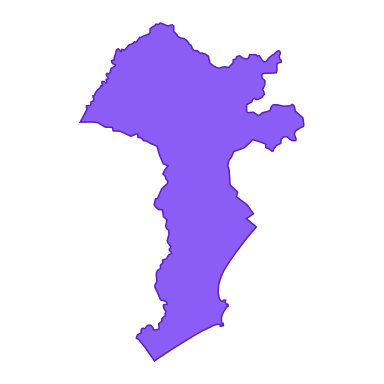 Castillos, Rocha, Uruguay (Albers equal-area conic projection)
{"feature_id": "84410073B93691162353295", "entity_name": "Castillos", "entity_type": "district", "adm_level": 2, "iso_a3": "URY", "parent_name": "Uruguay", "parent_adm1": "Rocha", "projection": "albers", "projection_center": [-53.824, -34.08], "detail": "fine", "context": "isolated", "style": "filled", "palette": "violet", "viewbox_px": 384, "rotation_deg": 0, "n_neighbors": 0, "source": "geoboundaries", "source_scale": "gbopen_adm2", "svg_char_len": 5792}
<svg xmlns="http://www.w3.org/2000/svg" viewBox="0 0 384 384"><path d="M80.2,122.2L91.3,122.0L97.5,122.5L105.2,127.1L112.5,127.4L113.1,130.8L120.3,131.3L130.9,136.3L136.3,134.0L137.7,134.0L138.0,137.5L140.6,137.6L143.9,140.8L146.1,140.9L151.0,143.7L157.0,146.2L159.6,155.4L163.3,163.8L168.1,165.8L165.2,169.2L162.9,173.8L165.4,176.6L165.9,178.9L167.7,180.9L167.5,183.4L161.5,189.2L157.6,198.5L155.5,198.8L154.2,204.5L155.4,206.8L158.6,209.6L162.4,209.8L163.5,216.9L167.0,219.7L165.7,226.0L166.5,228.4L168.7,230.3L168.9,234.6L167.2,240.7L168.0,243.0L169.9,245.3L170.8,246.0L170.6,247.8L169.5,248.6L169.3,250.3L171.1,252.1L171.4,253.7L168.8,254.7L166.1,259.2L162.9,259.6L162.6,263.1L160.3,265.3L160.6,268.5L157.6,270.4L156.4,273.0L156.3,275.9L156.7,279.0L156.6,282.0L154.9,285.0L154.9,287.0L158.7,295.3L160.3,299.3L161.2,300.3L163.3,300.5L165.4,301.4L166.2,302.0L166.8,302.6L167.2,303.6L167.0,304.4L165.3,304.4L163.6,304.7L163.3,306.1L163.9,308.5L165.8,311.3L165.1,314.1L165.3,315.8L164.0,316.5L161.6,319.1L162.1,321.1L160.6,322.2L158.7,323.8L159.1,328.1L158.2,329.5L156.3,329.8L153.8,330.0L153.0,328.0L151.1,325.4L149.9,325.1L148.3,325.2L146.9,326.0L145.2,328.5L144.1,328.5L143.2,328.2L141.8,328.6L141.1,330.3L140.8,333.3L137.5,334.8L136.5,337.0L136.4,338.3L138.7,339.6L145.0,347.3L154.5,361.0L157.5,358.8L161.1,356.4L162.8,355.4L165.3,353.6L168.8,351.4L169.1,351.1L169.7,350.8L171.9,349.4L172.8,348.8L176.9,346.1L179.7,344.5L181.0,343.5L184.1,341.7L185.8,340.6L189.0,338.7L190.1,338.0L190.9,337.7L191.5,337.2L194.3,335.4L195.8,334.7L196.8,334.0L202.5,330.8L207.3,328.6L208.6,327.8L209.2,327.7L210.6,326.8L211.3,326.6L212.1,326.1L213.7,325.4L215.1,324.9L218.2,324.2L218.8,324.3L219.5,324.5L220.1,324.8L220.3,325.0L220.4,325.4L220.3,325.6L220.1,325.9L220.3,326.3L220.6,326.1L220.9,326.0L220.9,325.9L221.1,326.1L221.7,326.0L221.7,325.9L221.9,325.9L222.0,325.8L222.3,325.6L222.5,325.7L222.8,325.8L222.8,325.7L223.1,325.7L223.3,325.6L223.2,325.4L223.3,325.1L223.2,324.8L223.3,324.7L223.3,324.3L223.4,324.1L223.3,323.7L223.2,323.8L222.6,324.0L222.3,323.6L222.0,323.0L221.7,321.9L221.6,321.4L221.5,320.9L221.4,318.5L221.8,316.2L223.1,312.8L223.4,312.1L226.5,307.5L226.8,307.3L227.3,306.4L227.9,306.3L228.3,306.1L228.3,305.9L227.6,305.9L227.5,305.7L227.4,305.3L227.5,305.0L227.4,304.9L227.5,304.8L227.4,304.8L227.5,304.6L227.7,304.4L227.7,304.2L227.3,304.1L227.2,304.2L227.2,304.5L227.4,304.6L227.0,304.6L226.6,304.4L226.0,303.8L225.9,303.5L225.6,302.9L225.5,302.5L225.4,301.8L225.4,300.6L225.5,300.4L225.6,300.2L225.1,300.1L224.6,300.3L224.3,300.3L223.9,300.1L223.3,300.3L223.1,300.9L222.9,301.2L222.6,301.3L222.1,301.3L221.7,301.2L221.2,300.9L220.2,300.0L219.6,298.9L219.1,297.6L218.6,295.2L218.3,293.2L218.2,292.4L218.4,287.7L218.5,286.2L219.0,283.6L219.2,283.1L219.6,281.4L220.4,278.7L220.9,277.6L221.3,276.4L222.3,273.8L222.4,273.6L223.4,271.5L224.3,269.8L225.8,267.5L226.3,266.6L228.3,263.4L228.5,263.0L229.2,262.1L229.3,261.8L229.6,261.3L230.1,260.7L234.0,255.1L235.2,253.5L235.4,253.1L236.1,252.1L237.5,250.5L238.1,249.5L238.7,248.9L240.0,247.0L240.7,246.1L241.7,244.7L243.7,242.3L243.9,241.9L244.5,241.1L246.2,239.0L247.3,237.5L248.5,236.2L249.4,234.9L251.1,233.0L251.3,232.6L251.7,232.3L252.1,231.8L252.9,231.1L254.0,229.7L254.8,228.8L256.4,226.9L246.4,218.7L253.4,213.8L247.0,204.7L236.5,196.8L237.6,192.0L230.1,184.9L229.1,169.7L227.8,165.6L229.0,160.1L231.3,157.4L233.7,151.6L244.0,147.9L249.6,143.0L252.6,139.7L258.3,141.3L265.7,144.0L265.7,147.6L269.1,148.9L272.0,151.2L273.2,151.0L274.3,147.7L275.0,147.6L276.1,145.7L280.8,143.3L281.1,139.4L283.8,136.8L287.0,136.8L289.4,138.8L291.9,140.6L295.8,140.6L296.1,139.0L294.3,134.0L295.4,131.1L300.2,127.9L303.5,126.5L303.8,124.1L302.9,117.8L296.0,111.7L295.2,110.7L294.3,106.3L293.5,105.1L292.3,104.4L290.0,105.8L283.8,106.2L276.7,104.7L274.1,104.8L272.6,105.2L270.9,107.4L270.5,109.9L268.4,111.2L262.1,112.9L259.6,115.2L257.9,115.4L253.5,112.2L247.8,112.6L246.8,111.8L246.6,109.1L246.6,104.7L250.3,102.8L251.8,101.7L253.1,99.1L254.4,98.5L256.5,99.7L258.4,99.3L262.0,97.3L264.3,94.4L263.8,91.6L262.6,89.5L264.8,84.9L265.0,80.6L262.1,78.1L261.8,75.4L262.2,74.1L264.3,73.3L270.5,73.2L276.3,72.8L277.0,70.8L276.9,64.2L277.8,63.2L279.0,62.8L281.2,62.2L281.5,61.6L281.2,60.4L280.0,59.1L279.3,57.4L279.4,55.6L280.4,53.4L279.8,51.3L278.8,50.6L277.8,50.9L276.1,52.0L275.1,53.1L274.0,54.5L272.6,54.7L268.0,58.8L267.7,59.6L266.2,61.2L264.1,62.1L262.3,60.3L259.1,55.6L258.5,55.7L257.5,56.0L255.7,54.6L249.6,54.7L248.6,57.9L247.3,58.7L245.8,59.0L242.8,58.0L239.9,55.9L238.6,55.9L237.5,56.6L236.6,56.6L235.9,59.1L233.3,59.6L233.1,62.8L228.6,67.6L227.1,67.3L225.4,66.7L222.5,67.1L219.7,68.1L218.0,68.0L214.3,66.4L210.2,63.4L208.9,58.6L208.5,56.2L205.1,54.0L203.3,53.7L202.6,53.0L199.9,53.2L197.5,50.7L194.2,50.7L192.5,48.8L191.2,45.3L188.8,43.9L188.6,42.8L186.1,40.0L183.8,38.5L181.2,38.1L179.3,37.3L177.4,35.9L176.9,34.5L173.8,31.5L173.8,26.3L172.4,24.8L170.4,25.2L168.1,26.1L161.4,23.3L160.1,23.0L159.0,24.2L157.4,24.4L155.9,24.1L154.7,25.8L152.3,27.0L150.0,28.8L150.1,32.7L148.8,34.1L143.6,36.0L141.0,37.4L139.7,37.3L136.2,42.2L134.4,41.8L133.0,43.6L129.1,44.9L124.6,50.0L121.8,49.3L121.2,51.5L120.5,51.3L119.0,49.3L117.9,48.8L116.4,50.0L115.7,53.4L114.3,56.9L114.3,59.9L111.6,60.7L111.7,62.2L112.6,63.6L115.3,64.7L115.1,66.0L113.2,67.2L111.0,68.4L110.3,71.5L109.6,73.4L108.4,73.7L107.1,73.3L106.2,74.4L106.5,75.8L108.0,77.2L108.0,78.4L107.6,79.2L106.1,79.4L106.1,80.1L106.7,81.5L106.6,82.7L105.7,82.9L104.9,82.3L104.2,81.4L102.6,81.4L101.6,82.0L102.5,85.1L102.4,85.7L100.9,85.7L100.5,86.7L100.2,87.7L97.3,90.0L95.1,93.3L95.0,94.4L94.4,95.3L92.9,95.9L92.9,97.0L93.7,98.3L93.7,99.4L93.5,100.7L92.4,101.4L91.4,101.7L90.9,102.3L90.8,105.0L89.8,105.6L86.4,105.7L86.4,107.5L87.1,109.0L80.2,122.2Z" fill="#8b5cf6" stroke="#5b21b6" stroke-width="1.5"/></svg>